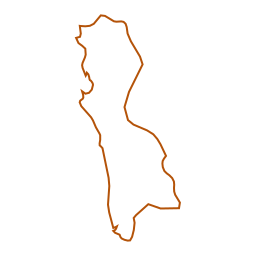 outline of Zambales
{"feature_id": "PHL-2560", "entity_name": "Zambales", "entity_type": "Province", "adm_level": 1, "iso_a3": "PHL", "parent_name": "Philippines", "parent_adm1": "", "projection": "natural_earth1", "projection_center": [120.095, 15.304], "detail": "fine", "context": "isolated", "style": "outline", "palette": "amber", "viewbox_px": 256, "rotation_deg": 0, "n_neighbors": 0, "source": "natural_earth", "source_scale": "10m", "svg_char_len": 1355}
<svg xmlns="http://www.w3.org/2000/svg" viewBox="0 0 256 256"><path d="M136.0,215.2L133.7,218.0L134.6,222.8L133.8,230.0L132.1,236.8L130.1,240.4L127.7,240.6L124.5,239.8L121.7,238.5L120.5,237.1L119.6,234.7L115.1,232.8L113.3,230.9L114.8,230.2L115.7,229.3L116.3,228.1L116.9,226.4L116.1,226.9L113.3,227.9L109.2,212.5L108.0,204.7L109.3,186.0L108.6,177.8L102.5,148.2L100.8,146.3L99.7,145.4L99.6,143.4L100.2,139.9L100.2,135.2L99.5,133.6L95.9,127.3L93.0,120.5L91.1,117.3L81.3,106.2L79.7,102.4L80.2,100.7L82.7,98.8L83.3,97.6L83.2,95.7L83.0,94.3L82.1,91.3L85.4,93.7L89.0,92.8L91.8,89.6L93.0,84.9L92.7,83.4L91.8,81.9L90.8,80.6L89.9,80.1L89.5,79.1L89.1,76.8L88.3,74.3L86.9,72.8L86.7,73.7L85.7,75.7L82.6,67.9L82.1,65.2L82.6,62.9L84.9,57.5L85.7,54.7L85.3,48.7L82.2,45.8L78.5,43.1L76.1,37.9L80.0,36.8L80.8,33.6L79.8,25.9L80.5,26.0L85.4,26.3L89.9,25.8L93.8,23.8L100.8,15.4L105.0,15.9L113.9,21.3L116.4,21.7L121.3,21.4L123.6,21.9L125.6,23.8L126.7,27.1L127.6,33.6L130.9,41.3L140.0,56.6L142.6,64.4L129.0,91.9L124.5,107.1L128.0,120.1L133.5,124.6L147.1,130.4L153.3,134.3L157.3,139.0L160.5,144.3L166.0,155.9L164.0,158.6L162.7,161.0L162.4,163.6L162.8,167.1L164.4,171.0L166.7,173.3L169.4,175.3L172.2,178.1L173.9,181.5L174.2,184.7L174.0,188.0L174.2,191.6L175.2,194.8L179.9,202.6L179.0,208.2L160.6,208.5L148.3,204.2L136.0,215.2Z" fill="none" stroke="#b45309" stroke-width="2"/></svg>